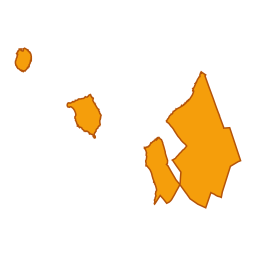 the district of Aiga i le Tai, A'ana, Samoa
{"feature_id": "51752279B95310114006848", "entity_name": "Aiga i le Tai", "entity_type": "district", "adm_level": 2, "iso_a3": "WSM", "parent_name": "Samoa", "parent_adm1": "A'ana", "projection": "equal_earth", "projection_center": [-172.087, -13.857], "detail": "fine", "context": "isolated", "style": "filled", "palette": "amber", "viewbox_px": 256, "rotation_deg": 0, "n_neighbors": 0, "source": "geoboundaries", "source_scale": "gbopen_adm2", "svg_char_len": 5733}
<svg xmlns="http://www.w3.org/2000/svg" viewBox="0 0 256 256"><path d="M179.9,184.6L185.8,192.8L187.0,194.3L187.4,195.0L188.3,196.2L190.1,198.8L197.7,204.1L205.7,207.8L210.9,192.6L212.0,193.2L214.1,194.1L216.2,195.5L217.9,196.3L220.0,196.8L221.3,197.4L222.3,192.0L230.4,166.3L238.1,161.7L240.6,160.7L229.7,127.7L225.7,128.0L223.7,128.1L223.6,127.2L219.4,115.9L219.5,115.7L218.1,112.2L215.8,106.0L213.1,98.3L208.9,86.9L205.0,75.9L205.7,74.9L204.0,73.8L203.5,73.4L202.2,72.6L201.2,71.8L200.8,72.5L201.4,72.7L201.3,73.3L200.8,73.2L200.4,73.4L199.8,75.2L200.0,76.0L199.9,76.6L199.1,76.9L198.2,78.5L197.6,79.3L196.9,80.9L196.6,81.8L196.0,82.3L196.2,82.8L195.0,83.6L195.4,84.2L194.4,86.6L193.6,88.1L193.1,88.2L192.7,88.7L193.2,89.1L193.2,89.9L192.7,90.4L192.7,90.9L193.6,91.0L193.6,91.7L192.8,93.9L192.1,95.4L189.5,99.4L189.0,99.8L188.6,99.6L188.3,100.0L188.5,100.5L187.6,101.3L187.3,100.9L186.8,101.3L186.9,101.6L186.2,102.2L186.1,102.8L185.6,103.2L185.2,103.0L185.2,103.6L184.0,104.7L183.9,104.3L183.4,104.6L183.5,105.1L182.0,106.1L181.5,105.5L181.0,106.7L176.5,109.1L176.1,108.9L176.0,109.6L175.4,110.2L174.9,110.4L174.0,111.3L173.3,111.3L172.9,112.3L172.8,112.9L172.2,113.8L171.3,114.4L171.1,114.2L170.8,114.8L169.9,115.6L169.4,116.2L168.3,118.5L167.6,119.0L167.2,120.0L166.4,120.8L166.7,121.4L166.6,121.8L168.8,123.4L171.1,126.4L172.2,127.5L173.6,129.4L174.1,130.4L174.5,131.0L177.8,136.1L180.1,138.8L181.1,140.3L183.1,142.4L185.1,144.1L186.7,146.0L184.3,149.0L183.0,149.9L181.6,151.4L180.8,152.4L179.6,153.4L179.0,154.2L178.0,155.4L176.6,156.8L175.4,158.4L172.3,160.1L172.9,160.6L173.1,161.0L176.3,165.7L180.9,172.1L180.5,177.3L180.2,182.6L179.9,184.6ZM158.9,137.4L158.0,138.3L157.7,137.8L157.5,137.7L157.2,138.5L156.7,138.4L156.5,138.8L156.9,139.4L156.6,139.8L156.2,139.0L155.6,139.2L155.9,139.7L155.4,140.0L154.6,140.1L154.3,140.3L154.2,140.9L153.5,141.2L152.8,141.6L151.4,143.0L150.9,142.8L149.8,145.2L149.2,145.9L148.5,146.1L148.1,146.8L147.9,146.7L147.1,147.2L146.7,147.1L146.4,147.3L146.1,147.1L145.6,147.9L144.9,147.9L144.4,147.5L144.3,148.2L144.8,148.7L145.5,149.8L146.1,151.1L146.2,152.0L146.5,152.6L146.6,153.1L146.2,153.9L146.3,154.3L146.1,155.2L146.7,156.1L146.6,157.2L146.3,159.5L145.7,160.8L145.8,162.1L146.1,163.0L146.1,164.2L145.9,165.1L146.1,166.0L147.0,165.9L147.8,167.0L149.3,168.8L150.1,169.9L151.3,172.6L151.7,173.9L152.1,175.6L152.9,178.5L153.9,181.2L153.7,181.5L153.6,182.1L153.8,182.4L154.3,182.2L154.8,183.4L154.8,183.7L154.7,184.0L155.1,184.4L155.8,186.4L156.5,189.1L156.6,190.2L156.4,190.8L155.8,191.7L155.7,192.9L155.4,193.7L155.5,194.3L155.9,195.8L155.9,196.2L155.3,197.2L155.1,198.2L154.9,199.3L154.6,199.5L154.4,200.1L154.8,201.2L154.7,202.4L154.4,203.2L154.3,203.7L154.6,204.1L155.4,203.0L160.2,195.5L163.2,198.8L166.7,203.3L169.3,202.0L170.6,200.8L171.6,199.6L174.5,194.6L176.3,191.2L178.2,187.8L179.9,184.6L175.8,179.6L175.0,178.1L170.4,170.3L167.9,165.7L166.5,164.4L167.4,163.4L167.6,160.5L166.3,156.6L165.3,153.3L165.2,151.9L163.7,146.4L162.8,143.6L162.7,142.7L161.4,139.6L160.4,139.1L158.9,137.4ZM90.2,94.5L89.6,94.9L88.6,95.4L88.2,96.3L87.1,97.1L85.8,97.0L85.3,96.7L84.4,97.8L83.6,98.4L83.1,98.5L81.7,98.6L81.1,98.9L78.4,99.0L77.9,99.6L77.8,99.9L77.4,100.1L75.6,100.6L75.3,100.4L75.1,101.0L74.4,101.6L73.6,101.9L73.2,101.5L72.6,101.6L72.1,102.2L70.2,103.2L69.6,102.9L68.2,102.9L67.5,103.7L67.2,104.8L67.2,105.8L67.8,106.9L68.1,106.9L69.3,107.3L69.9,107.1L70.2,106.7L71.1,106.8L72.0,107.5L73.1,108.4L74.2,109.9L75.2,112.0L75.9,114.4L75.7,114.7L75.8,115.4L75.5,115.9L75.3,116.6L74.9,116.8L74.9,118.2L75.6,119.0L75.5,120.5L76.1,121.3L77.1,124.3L77.6,124.5L77.9,125.2L77.7,125.6L77.3,125.8L77.3,126.1L78.0,126.3L78.4,125.9L78.6,126.6L78.9,126.6L79.2,127.2L79.7,127.2L79.8,127.6L80.4,127.2L81.0,127.4L81.9,128.1L82.0,128.7L82.4,129.2L83.7,130.2L84.2,131.1L84.4,130.9L85.2,131.1L85.5,131.4L86.2,131.1L86.8,131.4L87.0,131.2L88.1,131.8L89.0,132.6L89.4,132.8L89.2,133.7L89.7,134.1L90.3,133.8L91.5,134.4L92.1,134.3L93.0,135.2L93.4,136.1L93.2,136.6L93.6,136.8L94.3,138.0L94.7,138.0L95.3,137.7L95.2,136.4L94.8,135.7L94.2,135.2L94.2,133.9L94.7,133.2L94.7,132.7L95.3,132.3L95.5,131.6L96.0,131.3L96.1,129.8L97.0,128.6L97.8,128.2L97.8,127.8L98.1,127.0L98.6,126.6L98.9,125.9L99.4,125.6L99.7,125.7L100.2,124.5L100.2,124.2L99.8,122.8L99.9,122.1L99.7,120.9L100.1,119.6L100.3,119.4L100.3,118.6L100.5,118.5L100.5,117.3L100.7,117.2L100.7,116.4L101.1,115.6L100.9,114.8L100.4,114.4L100.3,113.9L99.8,113.4L99.5,112.4L99.4,111.7L98.6,110.5L98.9,109.6L98.8,109.3L97.8,108.8L97.2,108.0L95.2,104.6L95.3,104.2L94.9,104.1L94.8,103.3L94.5,103.3L94.0,102.7L92.8,100.5L93.3,98.3L92.9,97.8L92.3,97.9L91.8,97.5L91.8,96.9L91.5,96.6L91.2,96.5L90.8,95.1L90.6,95.1L90.2,94.5ZM26.5,49.4L25.6,48.6L24.9,48.6L24.6,48.2L23.7,48.7L22.9,48.9L22.9,49.1L23.4,50.0L23.2,50.9L22.3,51.0L21.0,50.4L21.3,49.1L21.1,48.8L20.3,49.1L19.2,49.0L19.1,49.8L18.8,50.4L18.2,51.3L17.9,51.2L17.8,51.8L17.5,52.0L17.4,52.5L16.5,53.5L16.9,54.1L17.6,54.1L17.7,54.5L17.4,55.3L17.0,56.1L17.2,56.4L17.0,57.2L16.3,58.6L15.9,60.5L15.5,61.0L15.4,62.3L15.5,63.8L15.8,64.3L15.7,64.7L16.0,65.6L16.6,65.9L16.8,67.0L17.4,67.3L17.6,68.1L17.9,68.5L18.9,68.8L19.4,69.3L19.8,69.5L20.0,69.9L20.5,70.4L21.1,70.1L21.7,71.0L22.2,70.5L22.7,70.7L22.8,71.3L23.3,71.1L23.5,71.4L23.8,70.9L24.3,70.8L24.9,71.0L24.9,70.6L25.9,70.0L27.1,68.6L27.3,68.0L27.8,68.0L27.7,67.4L28.2,67.2L28.4,66.6L28.9,66.8L29.2,66.0L29.2,64.5L29.6,64.2L30.0,63.2L30.3,62.9L30.1,62.1L30.6,61.8L31.0,61.3L30.6,60.5L31.2,60.4L31.0,59.7L31.3,59.5L31.3,58.8L31.1,58.6L31.4,58.0L31.1,57.5L31.3,57.0L31.3,56.1L31.0,55.4L31.0,54.7L30.4,53.1L30.0,53.0L29.9,52.3L29.4,52.2L29.4,51.8L28.3,51.2L28.1,50.9L28.3,50.2L28.0,50.0L27.6,50.1L27.4,49.7L27.0,49.8L26.5,49.4Z" fill="#f59e0b" stroke="#b45309" stroke-width="1.5"/></svg>